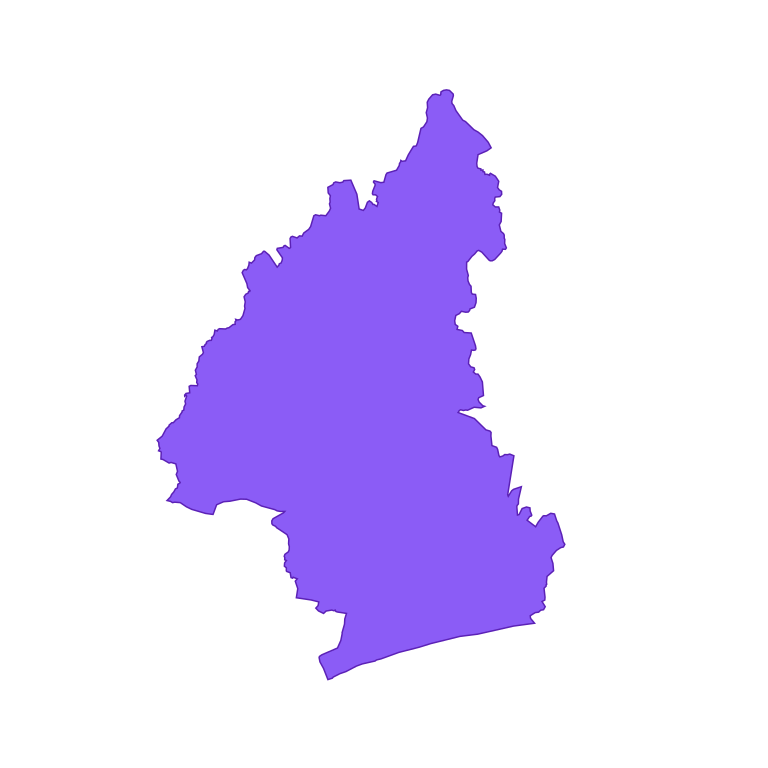 the district of Ambovombe-Androy, Androy, Madagascar, rotated 12°
{"feature_id": "10022922B3330352702203", "entity_name": "Ambovombe-Androy", "entity_type": "district", "adm_level": 2, "iso_a3": "MDG", "parent_name": "Madagascar", "parent_adm1": "Androy", "projection": "robinson", "projection_center": [45.726, -24.798], "detail": "fine", "context": "isolated", "style": "filled", "palette": "violet", "viewbox_px": 768, "rotation_deg": 12, "n_neighbors": 0, "source": "geoboundaries", "source_scale": "gbopen_adm2", "svg_char_len": 6155}
<svg xmlns="http://www.w3.org/2000/svg" viewBox="0 0 768 768"><g transform="rotate(12 384 384)"><path d="M198.7,538.7L196.0,543.1L199.7,543.2L201.8,544.0L203.9,543.1L209.4,542.4L216.3,545.2L222.0,546.6L236.4,547.7L243.2,547.2L243.9,547.1L245.4,536.9L251.6,532.5L257.6,530.7L267.6,526.4L273.6,525.3L283.2,526.9L289.5,528.8L303.4,529.6L305.8,530.3L309.2,530.2L313.4,529.3L312.5,530.9L303.5,538.8L302.7,541.2L303.4,544.0L304.5,545.0L307.6,545.8L308.9,546.9L320.5,551.5L323.1,555.3L323.9,560.2L325.2,562.8L325.7,566.1L325.3,568.1L322.5,571.2L322.2,573.3L323.1,574.5L323.4,576.6L325.2,576.9L324.0,579.7L324.4,582.9L326.7,584.1L327.3,587.1L327.9,587.6L331.5,588.1L333.3,592.7L335.0,592.9L335.3,591.9L339.7,592.6L338.2,595.3L342.2,602.1L342.7,611.3L357.6,610.4L365.5,610.7L365.6,614.5L363.9,617.4L367.1,619.6L372.6,621.0L374.6,618.1L379.9,616.0L382.3,616.2L383.2,615.3L384.2,616.5L385.6,616.7L395.0,616.2L394.5,622.0L395.3,627.1L394.7,636.0L395.0,636.8L395.1,643.8L393.4,651.9L379.5,661.8L377.5,663.9L377.4,665.1L379.1,669.1L384.0,674.8L390.6,684.8L394.6,682.5L395.3,681.2L401.1,676.5L406.6,673.2L415.6,665.7L421.0,662.3L432.9,656.8L434.0,655.5L438.2,653.5L454.4,643.4L473.2,634.1L483.7,628.2L510.7,615.1L527.7,609.2L560.9,593.9L581.0,586.7L576.1,582.8L575.2,580.3L579.4,576.2L582.7,575.0L584.3,572.7L587.0,571.6L588.0,568.3L583.8,563.9L586.2,561.9L585.8,559.0L583.0,550.5L584.6,548.0L584.3,546.8L584.8,546.1L584.1,544.1L583.5,538.3L588.7,531.4L586.5,524.3L583.5,519.1L584.1,516.7L587.3,510.9L590.9,507.3L593.4,506.1L594.2,503.2L592.1,501.1L589.2,494.6L583.0,483.8L581.5,482.1L577.8,475.7L574.0,475.8L570.2,479.2L567.7,479.6L566.9,480.2L563.6,487.1L562.0,492.1L552.3,487.5L554.0,483.3L555.3,482.7L555.8,481.6L553.4,477.9L552.5,474.8L548.9,474.7L545.0,477.1L543.3,483.6L541.8,484.4L539.4,476.3L539.5,475.0L540.4,473.4L539.5,468.6L539.7,455.9L532.6,460.1L531.1,461.9L528.9,468.0L528.0,466.6L526.0,427.2L521.6,426.4L519.4,427.5L516.8,427.9L515.1,429.8L512.5,431.2L511.3,430.1L508.7,424.3L507.3,422.5L502.4,421.8L499.4,412.7L498.8,409.1L497.4,408.0L493.3,407.7L479.6,399.0L462.4,396.5L463.2,394.3L464.3,393.3L467.2,393.4L469.4,392.4L471.2,392.3L477.0,388.0L483.8,387.2L487.0,384.9L485.1,384.7L480.8,381.9L479.2,379.6L479.5,377.7L483.7,374.6L479.8,361.5L476.5,357.2L473.9,354.8L471.6,355.2L468.9,353.7L469.7,351.0L468.7,349.4L465.3,349.2L462.5,346.7L461.8,341.9L462.6,337.2L462.5,332.6L464.9,332.4L466.4,331.6L466.6,330.4L465.6,327.7L458.7,316.0L451.7,317.0L449.5,315.4L444.1,315.4L444.2,312.2L441.3,310.9L440.0,307.5L440.0,302.0L443.1,299.5L444.6,296.8L448.9,296.8L451.4,296.1L452.4,294.4L452.5,292.7L456.5,290.1L457.1,285.3L456.4,281.0L454.9,277.4L451.7,277.7L450.4,276.4L448.8,270.3L446.9,268.8L444.8,265.8L443.8,262.7L443.9,260.3L440.9,254.5L439.5,247.6L440.6,246.7L443.4,240.9L445.6,238.0L447.5,234.4L448.9,233.6L452.3,234.7L461.0,241.0L462.2,241.4L464.2,241.0L466.4,239.2L470.8,231.8L471.8,229.7L471.9,227.5L474.8,227.0L475.4,225.4L472.8,221.5L472.1,217.4L471.3,216.4L470.6,213.3L469.6,212.0L466.6,210.4L463.7,204.4L464.8,200.7L463.5,192.5L461.2,191.8L461.1,189.8L459.4,187.0L456.1,187.7L453.2,186.1L453.2,184.2L454.3,181.7L453.7,179.4L454.0,178.0L458.4,176.6L459.7,174.0L458.9,171.1L456.3,170.1L454.2,168.2L454.1,161.9L449.7,157.6L444.3,155.8L443.6,156.9L443.8,157.9L441.2,157.4L439.2,158.0L438.2,155.7L436.6,155.7L436.3,154.1L434.4,154.7L434.0,153.4L431.1,153.4L429.8,151.9L428.8,148.8L428.3,140.1L436.2,134.5L439.7,130.7L435.7,125.9L428.8,120.6L423.6,118.0L419.1,116.6L409.2,110.4L406.1,109.5L397.5,101.6L394.4,97.2L392.2,95.5L391.5,93.4L391.9,87.6L391.4,86.0L387.0,83.2L384.0,83.3L381.2,84.4L379.0,86.4L379.3,89.2L378.7,90.0L374.3,89.7L371.4,91.0L368.6,96.0L367.7,99.4L369.2,104.7L368.9,109.8L371.2,114.8L371.4,118.6L369.2,124.3L367.0,126.3L366.7,140.7L366.2,143.7L365.8,144.6L363.4,145.4L360.2,154.5L358.7,161.2L355.5,162.4L354.0,161.8L354.0,163.5L353.3,165.0L353.5,167.0L351.8,172.3L343.1,177.0L342.4,178.8L341.9,186.7L339.0,187.7L332.1,187.3L331.7,187.9L331.8,188.8L333.7,190.3L334.0,191.4L332.9,197.8L333.1,200.3L334.0,201.2L336.5,200.7L338.7,202.0L338.3,204.2L338.3,205.1L338.9,205.9L338.6,206.9L340.6,207.7L340.2,211.8L336.8,210.4L335.9,210.7L334.2,209.0L331.6,207.9L330.0,209.7L329.1,215.7L327.7,218.5L323.3,218.0L318.0,204.0L309.2,191.5L302.4,193.4L301.7,195.1L299.0,196.3L294.7,196.4L293.0,197.7L292.7,199.5L288.2,203.3L289.7,208.7L292.4,211.0L292.5,213.9L293.5,217.3L293.2,219.1L295.2,223.2L294.5,226.3L292.1,231.5L287.1,232.0L285.9,232.8L281.9,232.7L280.4,234.0L279.5,245.2L278.2,248.4L274.1,253.0L273.2,256.4L270.5,256.7L268.6,259.2L263.7,258.6L262.3,259.7L261.9,261.3L264.2,269.8L263.6,270.7L263.1,271.0L258.5,269.0L257.5,269.6L256.8,271.4L251.4,273.5L251.3,275.0L258.4,281.7L258.7,284.0L258.2,287.0L256.6,288.2L256.5,289.6L255.2,291.9L244.8,281.8L239.6,279.0L238.6,279.2L237.1,282.0L232.4,285.0L231.4,287.1L231.6,289.6L229.2,293.3L226.8,292.9L227.1,295.7L226.5,299.5L225.6,301.0L224.0,300.9L222.8,302.0L222.1,304.6L229.0,314.3L230.6,318.1L233.6,320.6L233.4,321.4L232.3,321.6L232.2,323.3L230.1,325.0L229.0,327.8L231.2,332.5L231.4,336.8L232.3,339.0L231.8,346.5L230.1,350.6L227.7,351.8L225.5,351.6L226.1,352.7L225.4,354.1L226.0,356.6L223.9,357.3L220.6,361.2L218.9,361.9L217.7,363.1L211.6,364.1L210.5,365.0L209.9,366.8L207.4,366.5L207.6,370.9L206.7,373.5L205.7,374.3L206.3,375.4L206.0,377.2L204.3,377.6L202.2,379.1L201.6,380.2L201.9,381.3L200.8,382.6L200.4,384.5L198.1,385.4L200.8,390.8L200.3,392.6L197.7,395.9L198.1,400.1L197.0,403.0L197.7,406.2L196.6,409.7L198.5,413.6L197.6,415.1L200.2,418.8L200.5,421.6L201.8,422.7L201.8,424.5L195.3,425.6L193.9,426.8L195.8,433.0L192.3,434.4L191.3,436.3L191.6,437.3L192.6,435.9L193.5,436.9L192.9,442.2L194.1,444.8L193.2,448.0L193.6,451.1L192.1,452.4L192.3,453.4L190.6,457.4L190.9,459.5L187.9,462.3L186.0,465.6L184.5,466.0L182.3,469.0L182.5,469.9L180.2,473.1L177.9,481.1L173.8,486.2L175.8,488.0L176.8,491.4L178.2,493.6L177.4,496.2L179.7,496.5L180.3,497.1L181.4,503.8L183.5,503.8L190.2,506.0L192.1,505.0L197.0,505.4L200.2,512.4L199.6,515.7L203.6,521.6L205.1,522.6L204.9,523.4L203.2,524.9L203.5,528.6L201.8,530.0L200.9,533.1L199.2,536.2L198.7,538.7Z" fill="#8b5cf6" stroke="#5b21b6" stroke-width="1.5"/></g></svg>